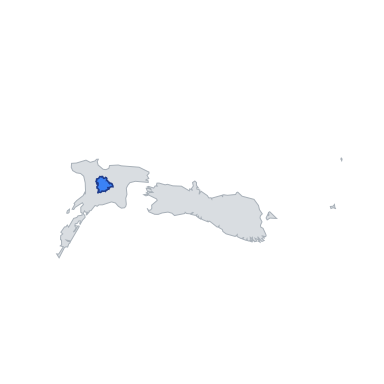 Taupo District, Waikato, New Zealand (highlighted), rotated 243°
{"feature_id": "76426892B49452595685205", "entity_name": "Taupo District", "entity_type": "district", "adm_level": 2, "iso_a3": "NZL", "parent_name": "New Zealand", "parent_adm1": "Waikato", "projection": "natural_earth1", "projection_center": [175.983, -38.801], "detail": "fine", "context": "in_parent", "style": "filled", "palette": "blue", "viewbox_px": 384, "rotation_deg": 243, "n_neighbors": 0, "source": "geoboundaries", "source_scale": "gbopen_adm2", "svg_char_len": 6399}
<svg xmlns="http://www.w3.org/2000/svg" viewBox="0 0 384 384"><g transform="rotate(243 192 192)"><path d="M200.3,157.2L201.9,157.3L208.5,152.4L211.3,151.3L212.0,151.2L210.5,152.7L210.8,153.8L209.3,157.1L210.6,156.6L211.4,154.2L212.3,153.8L212.0,152.5L216.0,152.9L214.6,155.2L212.5,156.6L213.8,156.7L216.8,154.3L216.8,155.7L212.9,159.7L214.1,161.9L213.1,163.7L214.3,163.5L215.8,164.8L214.9,166.7L210.6,171.3L210.0,173.6L206.2,177.7L202.0,185.2L194.3,190.1L195.8,191.5L193.1,193.3L195.2,192.9L196.7,195.9L200.2,196.8L200.5,199.5L198.3,200.3L196.0,199.0L192.8,199.5L193.9,198.4L192.5,197.6L190.2,199.9L186.7,197.2L188.6,200.4L181.9,204.0L179.1,204.3L178.2,206.3L176.6,206.4L177.5,207.0L175.5,217.1L173.6,217.0L175.4,218.1L175.1,219.1L173.0,222.0L170.0,229.7L171.2,231.5L171.1,232.7L165.5,234.7L157.3,243.9L149.8,245.1L145.6,244.1L140.6,244.7L139.8,242.2L138.0,240.8L133.6,240.8L131.4,238.0L129.6,237.3L127.4,238.8L120.5,238.5L119.2,238.1L118.9,237.0L121.5,234.2L119.1,235.7L118.1,235.5L119.0,234.3L118.9,233.0L116.0,234.3L116.2,231.8L122.4,230.2L119.9,229.9L119.7,229.1L122.1,227.2L118.8,227.4L119.3,225.2L121.2,225.2L120.4,223.6L124.2,225.2L123.7,223.7L125.1,223.3L122.5,222.1L122.4,220.5L123.6,219.3L125.4,219.8L124.2,218.4L127.2,215.7L128.0,217.8L128.1,214.7L131.9,211.9L133.5,213.0L132.8,210.3L139.2,203.4L142.8,201.6L144.8,202.0L148.2,199.8L149.6,200.7L149.0,199.1L149.5,198.4L158.0,194.5L158.0,193.2L158.9,193.0L158.3,192.6L163.2,188.3L165.2,188.6L164.0,187.4L166.0,186.2L168.0,187.1L166.8,185.8L168.6,185.0L169.6,186.1L169.6,184.4L172.5,181.0L173.1,183.7L173.5,183.4L173.3,180.6L175.3,177.4L177.0,176.7L176.1,175.8L179.0,165.7L182.2,164.5L185.0,161.5L186.9,155.9L187.4,151.7L189.1,148.6L193.9,144.6L197.9,144.6L195.2,145.0L194.8,147.1L195.7,148.8L198.6,150.1L200.3,157.2ZM197.2,45.0L201.6,52.5L203.8,50.2L204.2,51.9L208.4,53.9L209.2,53.2L212.7,55.2L213.3,57.8L215.7,56.9L218.7,62.5L218.2,63.9L219.2,65.9L216.7,66.1L222.2,74.6L221.6,77.7L222.5,79.7L221.2,83.5L223.5,84.6L224.3,83.7L228.9,86.0L230.1,89.6L232.2,89.5L231.4,81.0L230.1,78.7L231.1,77.4L234.1,81.9L235.3,81.7L236.7,85.4L238.2,93.4L240.1,95.9L239.0,95.5L238.8,96.1L239.8,96.9L248.6,101.0L255.3,102.7L259.1,101.1L261.4,97.9L265.2,95.4L268.7,95.6L272.2,97.7L270.3,102.1L268.5,112.0L264.6,114.8L263.7,119.8L264.5,121.8L263.7,123.4L262.1,121.3L258.6,120.6L252.6,123.1L251.0,125.5L250.8,128.6L253.0,130.6L249.5,138.6L247.4,140.9L238.1,156.1L229.3,162.7L228.1,162.1L227.3,159.5L223.6,159.6L223.8,156.6L223.4,156.3L222.0,158.0L220.4,157.4L227.3,146.3L228.5,140.8L227.2,137.9L225.2,135.2L219.3,132.9L216.5,130.1L210.9,127.9L209.3,126.5L208.6,124.7L209.7,121.7L212.7,119.9L217.0,118.8L219.7,115.8L221.2,106.5L222.8,103.2L222.3,101.1L224.0,99.5L221.3,93.6L221.8,91.8L221.0,91.6L219.4,87.8L220.4,87.6L221.4,89.7L222.3,88.0L224.0,87.6L222.0,85.2L219.6,85.9L217.9,85.2L216.6,81.6L214.0,77.7L214.8,77.6L216.9,79.5L217.6,78.0L216.2,75.7L216.7,73.5L215.0,72.2L214.8,73.6L211.9,71.5L210.2,68.0L210.3,69.8L213.7,74.9L212.8,76.0L212.2,75.5L203.4,61.8L206.3,58.1L204.5,58.8L202.9,61.1L202.1,60.2L201.6,58.5L199.4,56.2L200.4,54.9L200.4,53.1L193.7,43.7L198.3,43.3L197.2,45.0ZM135.2,246.2L137.8,249.6L136.4,249.3L136.5,250.1L139.0,250.8L139.1,252.3L130.0,255.4L133.4,249.6L133.0,246.3L135.2,246.2ZM115.3,311.2L116.2,313.3L113.3,312.2L111.8,312.6L114.0,310.6L114.2,308.3L116.3,308.7L115.3,311.2ZM231.8,72.4L232.3,75.0L229.5,73.1L229.4,71.7L230.1,70.8L231.8,72.4ZM210.8,150.3L209.1,151.3L209.5,149.2L211.5,147.8L210.8,150.3ZM119.1,229.2L118.9,230.4L116.3,229.9L118.3,228.6L119.1,229.2ZM153.8,339.6L154.5,340.4L153.2,340.7L151.9,339.6L153.8,339.6ZM121.8,221.4L122.4,223.4L120.7,222.4L121.8,221.4Z" fill="#d9dde1" stroke="#a8b0b8" stroke-width="1"/><path d="M233.1,110.5L233.3,111.8L233.4,112.0L233.5,112.0L233.4,112.2L233.5,112.3L233.4,112.4L233.4,112.6L233.4,112.8L233.2,113.1L233.0,113.3L232.9,113.4L232.8,113.5L232.7,113.6L232.7,113.8L232.7,114.0L232.6,114.3L232.5,114.5L232.4,114.6L232.1,115.0L232.0,115.3L231.9,115.3L232.0,115.5L232.2,116.0L232.4,115.9L232.5,116.2L232.7,116.4L232.7,116.5L232.5,116.8L232.3,117.1L232.3,117.3L232.5,117.5L232.7,117.9L232.7,118.0L232.6,118.3L232.4,118.7L232.5,119.0L232.6,118.9L232.5,119.0L233.1,119.1L233.4,119.0L233.6,119.1L234.1,119.1L234.0,119.3L233.6,119.7L233.6,119.9L233.6,120.1L233.4,120.2L233.2,120.3L233.3,120.4L233.3,120.5L233.2,120.7L233.3,120.8L233.5,120.9L233.5,121.0L233.5,121.6L233.5,122.1L232.5,124.0L233.9,124.4L234.4,124.2L234.9,124.4L235.0,124.2L235.2,124.3L235.3,124.3L235.5,124.3L235.8,124.4L236.1,124.2L236.2,123.9L236.5,123.8L236.6,123.7L236.4,123.6L236.6,123.4L236.8,123.2L236.8,122.9L237.0,122.8L237.0,122.7L237.3,122.7L237.2,122.6L237.3,122.6L237.6,122.5L237.8,122.5L237.9,122.4L237.8,122.1L238.0,121.9L238.9,122.0L239.4,122.0L239.6,122.0L239.7,121.9L239.8,121.9L240.1,121.8L240.1,121.7L240.3,121.7L240.5,121.7L240.6,121.8L240.8,121.6L241.0,121.4L241.3,121.3L241.3,121.2L242.8,122.3L243.6,122.1L243.6,121.9L243.5,121.7L243.4,121.6L243.2,121.6L243.3,121.6L243.9,121.4L244.2,121.4L243.9,120.4L244.3,119.4L245.6,119.4L246.4,119.4L246.5,119.2L246.4,119.2L246.3,118.9L246.3,118.7L246.3,118.4L247.6,117.0L247.0,115.8L246.8,115.5L246.6,115.3L246.5,114.5L246.9,112.9L246.6,112.7L246.5,112.8L246.4,112.9L245.7,112.5L245.7,112.4L245.6,112.2L245.4,111.8L245.4,111.7L245.0,111.5L245.0,111.3L244.7,111.3L244.7,111.6L244.4,111.6L244.0,111.4L243.9,111.4L243.5,111.2L243.1,112.3L242.4,112.0L242.4,111.9L242.3,111.7L242.5,111.6L242.6,111.3L242.6,111.2L242.4,111.1L242.3,110.9L242.1,110.9L241.9,111.1L241.7,111.2L241.6,111.3L241.4,111.4L241.4,111.5L241.3,111.4L241.2,111.4L241.1,111.5L241.0,111.4L240.9,111.4L240.7,111.4L240.6,111.2L240.4,111.0L240.4,110.9L240.3,110.7L240.2,110.5L240.2,110.4L240.2,110.2L240.1,109.9L239.9,109.7L239.7,109.7L239.4,109.6L239.2,109.5L239.2,109.4L238.9,109.2L238.6,109.2L238.6,109.3L238.4,109.5L238.2,109.6L237.8,109.8L237.5,109.8L237.4,109.7L237.2,109.8L236.9,109.9L236.7,109.9L236.4,109.9L236.4,110.0L236.0,110.1L235.9,110.0L235.9,109.9L235.8,109.7L235.7,109.7L235.4,109.5L235.3,109.4L235.4,109.1L235.5,108.9L235.4,108.8L235.2,108.7L234.9,108.6L234.7,108.3L234.6,108.2L234.2,108.0L234.2,107.9L233.9,107.9L233.9,108.0L234.0,108.2L234.0,108.3L234.2,108.5L234.2,108.8L234.3,108.9L234.3,109.0L234.2,109.1L234.1,109.3L234.0,109.5L233.9,109.6L233.7,109.6L233.6,109.8L233.4,109.9L233.3,110.0L233.2,110.1L233.2,110.3L233.1,110.5Z" fill="#3b82f6" stroke="#1e3a8a" stroke-width="1.5"/></g></svg>